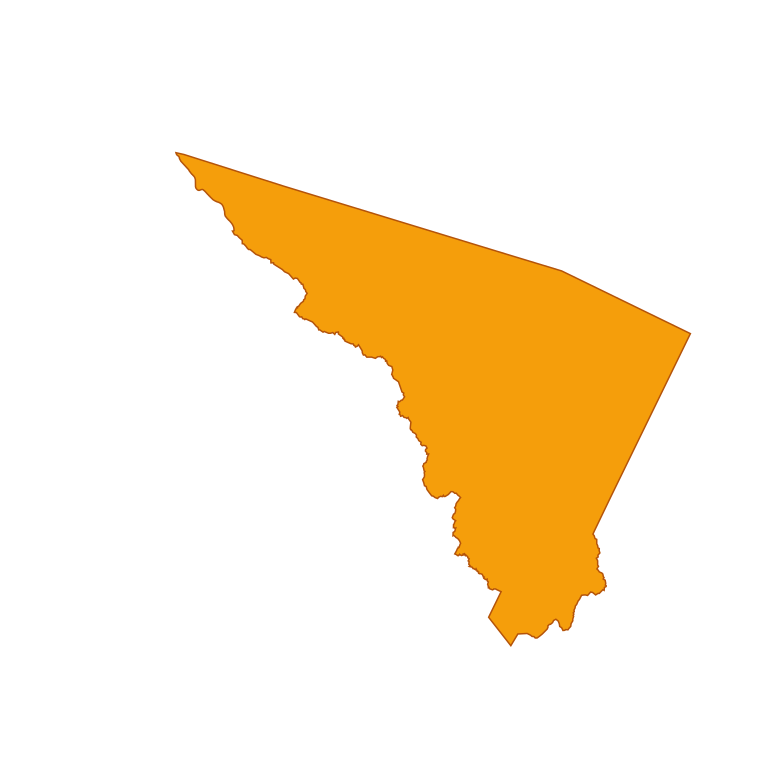 Kagua/Erave District, Southern Highlands, Papua New Guinea (Natural Earth projection), rotated 206°
{"feature_id": "67681753B36334387735216", "entity_name": "Kagua/Erave District", "entity_type": "district", "adm_level": 2, "iso_a3": "PNG", "parent_name": "Papua New Guinea", "parent_adm1": "Southern Highlands", "projection": "natural_earth1", "projection_center": [144.087, -6.522], "detail": "fine", "context": "isolated", "style": "filled", "palette": "amber", "viewbox_px": 768, "rotation_deg": 206, "n_neighbors": 0, "source": "geoboundaries", "source_scale": "gbopen_adm2", "svg_char_len": 5549}
<svg xmlns="http://www.w3.org/2000/svg" viewBox="0 0 768 768"><g transform="rotate(206 384 384)"><path d="M187.7,220.2L155.3,204.4L154.1,218.0L146.0,222.5L142.2,222.5L140.3,222.0L138.5,222.7L136.8,222.0L135.0,222.9L133.3,226.2L132.1,228.8L129.9,235.3L130.0,237.3L130.7,238.4L130.0,240.4L129.0,241.0L127.9,243.4L127.9,245.8L126.4,247.9L123.5,247.3L121.3,245.3L119.8,243.1L117.5,242.8L115.1,240.9L113.5,241.9L113.1,242.9L110.9,243.7L110.7,245.2L109.9,248.0L110.8,250.7L110.5,253.9L111.3,255.5L111.7,258.3L112.5,258.9L112.5,260.4L113.6,261.3L113.2,262.7L114.1,264.1L114.1,266.4L114.7,268.4L114.2,270.2L114.4,274.1L113.9,275.9L113.8,280.7L112.0,281.9L110.5,282.7L108.3,283.2L107.1,287.6L105.1,288.1L101.3,287.2L99.9,289.5L98.7,290.2L97.1,295.1L95.7,295.0L96.7,297.8L95.6,299.3L95.9,300.1L96.9,300.3L97.3,302.0L99.2,304.6L101.5,304.8L101.4,306.5L102.3,306.9L104.0,309.1L105.3,309.6L108.1,309.5L109.8,310.5L111.6,311.1L111.3,314.2L112.6,314.9L114.5,318.8L116.8,320.5L115.7,322.4L116.7,323.9L115.9,326.8L117.6,328.6L118.4,330.5L119.8,330.5L121.2,332.5L122.7,333.6L124.7,337.6L126.6,337.6L128.5,339.7L130.4,340.7L130.5,343.7L130.7,381.7L130.7,563.6L273.9,563.5L330.0,554.5L561.3,517.8L664.4,502.6L672.4,500.7L671.6,499.8L670.5,499.1L669.7,498.8L668.8,498.8L667.9,498.4L667.2,497.8L667.2,497.6L666.5,496.8L664.1,495.1L653.6,491.0L652.0,489.9L651.8,489.9L650.8,489.3L648.6,488.3L648.2,488.3L646.9,487.7L646.6,487.7L645.0,486.9L644.2,486.2L643.1,485.0L639.9,478.7L639.1,477.8L638.5,477.4L637.9,477.1L636.7,476.7L635.7,476.7L634.7,477.2L633.5,478.6L632.3,479.3L631.5,479.3L629.1,478.6L625.4,477.1L624.6,476.9L623.9,476.5L622.8,476.3L622.4,476.0L618.4,474.7L616.1,474.5L614.9,474.5L614.7,474.6L613.9,474.5L612.6,474.8L610.9,474.8L608.7,474.5L607.0,473.5L605.8,472.5L602.9,469.2L601.7,467.0L600.4,465.4L600.1,465.4L599.6,465.0L596.8,463.7L596.4,463.7L595.7,463.3L594.2,462.9L591.3,461.6L589.4,460.4L588.5,459.6L588.2,459.4L587.2,458.2L586.0,456.1L586.8,455.2L587.2,455.0L583.9,452.7L580.9,453.2L578.6,452.2L574.4,451.0L572.9,448.0L571.5,448.4L568.7,447.4L565.9,445.9L564.4,445.6L563.2,446.2L556.0,444.4L552.2,444.7L549.6,444.5L547.2,444.8L545.2,446.2L542.8,445.9L540.3,446.2L538.7,443.3L536.4,444.5L535.5,443.4L525.5,442.3L522.6,441.3L518.1,441.4L511.4,438.6L510.3,440.3L508.1,440.9L505.9,439.7L504.3,438.7L503.0,438.6L502.4,437.7L501.4,437.7L500.7,438.1L497.8,434.8L496.1,434.4L494.9,432.9L492.8,431.8L493.3,428.4L492.4,426.0L493.1,424.4L492.7,423.0L494.3,419.9L494.8,416.3L495.8,415.5L495.2,414.5L496.0,414.1L496.1,411.6L495.9,409.1L494.0,409.8L489.4,407.4L488.0,407.8L487.4,408.3L485.7,407.1L484.3,407.5L483.4,407.2L482.8,408.2L475.4,408.4L469.9,406.1L468.3,406.0L466.3,404.0L465.6,404.5L461.5,403.9L460.8,405.0L456.1,405.3L454.4,406.1L452.6,407.8L450.0,407.0L449.9,409.3L447.8,410.7L446.9,409.0L441.8,408.1L440.9,407.0L440.1,407.4L439.5,406.4L438.8,406.6L438.0,405.5L436.4,405.5L431.4,405.7L429.2,406.5L428.0,405.5L427.2,405.7L425.9,404.7L424.6,406.3L424.1,408.1L418.2,404.3L417.1,402.5L415.2,401.0L413.9,401.8L411.2,400.6L407.0,402.7L403.0,403.3L401.6,405.8L399.9,406.7L399.2,407.5L397.9,406.7L397.3,407.7L395.5,406.9L393.5,406.7L392.6,405.2L391.8,406.0L390.1,403.9L388.0,402.8L384.6,403.1L382.2,400.4L381.2,395.8L380.2,395.5L379.7,394.8L378.7,394.2L377.9,393.3L372.0,392.4L364.3,384.7L362.3,384.5L361.9,382.7L359.9,381.5L360.4,377.7L361.4,377.0L362.2,374.9L363.6,374.7L362.5,371.7L362.9,370.4L361.6,369.9L362.3,368.7L357.5,365.7L357.0,363.6L356.6,363.9L354.9,362.3L353.4,363.8L351.4,362.8L349.1,363.4L348.4,363.1L347.6,364.5L346.4,363.3L343.1,361.5L341.7,357.5L340.9,355.5L340.0,354.6L339.5,354.9L337.8,354.0L337.0,353.3L334.2,353.2L332.5,352.4L331.8,350.5L329.6,349.8L328.0,348.4L325.1,347.9L324.6,346.0L322.6,345.3L321.3,346.3L319.3,346.7L317.2,345.3L317.9,343.4L317.4,341.9L315.4,341.0L314.9,339.7L313.2,340.6L313.0,337.8L312.5,335.5L311.8,334.8L312.1,332.9L311.7,332.1L313.3,329.9L313.0,328.7L313.1,327.2L312.1,326.4L311.4,325.5L309.7,323.4L308.9,323.4L309.0,321.9L307.9,320.4L307.0,318.2L307.3,315.5L307.4,315.0L304.9,312.6L303.0,310.3L301.2,310.4L299.1,308.0L295.7,306.2L292.1,304.4L290.5,304.8L288.3,304.3L285.6,304.6L285.3,306.1L283.9,307.9L282.2,308.3L281.8,310.0L280.7,309.2L279.7,309.8L277.8,312.8L277.1,314.9L276.7,316.6L274.8,317.4L272.4,316.8L271.2,317.5L268.4,316.3L267.6,316.3L265.4,315.5L265.8,314.0L266.0,311.7L266.4,310.4L266.7,308.1L266.0,305.4L266.3,303.8L264.7,302.9L263.9,300.9L263.6,298.7L264.4,297.5L264.1,293.8L262.8,293.0L259.6,292.5L260.0,291.0L259.6,289.3L259.9,288.2L258.6,285.3L257.9,285.8L257.0,285.3L256.4,286.0L255.8,282.5L256.8,280.9L255.5,277.9L255.1,278.5L253.2,278.1L252.1,277.6L251.2,277.6L249.3,277.2L247.8,276.4L247.1,276.0L245.3,274.4L245.3,273.1L245.0,270.6L245.6,269.9L245.1,269.7L245.8,268.3L245.7,265.4L245.9,262.3L244.0,262.4L243.0,262.1L242.1,262.1L241.8,263.1L241.2,263.4L241.3,264.1L240.7,263.9L239.2,263.8L237.4,265.4L238.3,265.8L237.3,266.8L236.1,265.6L235.7,265.4L235.6,266.2L233.0,265.4L232.5,264.6L230.8,264.2L230.8,261.9L229.7,261.7L228.7,259.1L227.8,258.9L227.6,258.5L226.8,258.3L227.3,257.4L224.5,258.0L223.0,257.1L222.5,257.4L220.2,257.2L220.2,258.2L218.7,257.1L218.3,256.6L217.8,256.9L217.4,256.4L216.5,256.5L216.0,255.4L215.1,255.3L214.2,255.8L212.4,256.0L210.6,254.7L210.3,254.2L209.3,254.4L209.2,253.2L208.1,252.9L206.3,252.9L205.8,253.8L204.7,252.2L203.5,251.9L203.0,249.3L202.0,248.4L200.9,246.7L200.4,247.3L199.5,246.3L197.7,246.4L196.1,246.6L195.6,247.4L195.5,247.9L195.0,248.1L193.8,248.7L192.7,248.6L187.7,248.7L187.7,220.2Z" fill="#f59e0b" stroke="#b45309" stroke-width="1.5"/></g></svg>